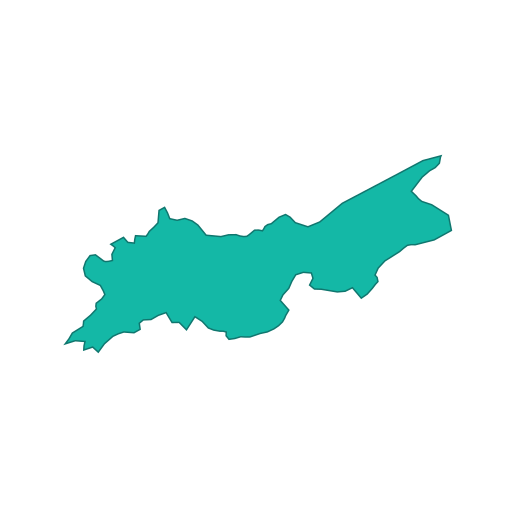 outline of Badulla, rotated 65°
{"feature_id": "LKA-2467", "entity_name": "Badulla", "entity_type": "District", "adm_level": 1, "iso_a3": "LKA", "parent_name": "Sri Lanka", "parent_adm1": "", "projection": "natural_earth1", "projection_center": [81.038, 7.079], "detail": "fine", "context": "isolated", "style": "filled", "palette": "teal", "viewbox_px": 512, "rotation_deg": 65, "n_neighbors": 0, "source": "natural_earth", "source_scale": "10m", "svg_char_len": 2002}
<svg xmlns="http://www.w3.org/2000/svg" viewBox="0 0 512 512"><g transform="rotate(65 256 256)"><path d="M338.7,178.4L325.5,182.0L325.6,190.1L322.9,197.5L313.7,210.9L310.6,217.0L305.0,219.7L300.3,213.8L294.8,213.0L290.8,220.0L289.8,227.9L294.0,234.1L299.2,240.0L302.6,248.0L306.5,252.8L318.9,249.1L322.6,254.4L324.4,256.3L326.9,259.8L328.7,265.0L329.6,270.5L329.6,277.8L328.0,284.8L326.8,295.7L324.9,299.9L322.7,304.0L321.8,310.1L320.1,315.7L315.7,316.8L312.3,315.1L310.3,317.5L308.8,320.6L305.3,325.6L301.1,329.6L292.5,332.4L285.2,337.0L293.5,350.2L283.7,353.7L280.8,360.2L269.3,361.4L268.5,369.6L269.2,378.0L266.3,385.1L267.6,390.2L273.5,392.0L274.0,399.0L269.0,407.9L268.3,413.7L268.3,419.6L271.5,430.5L276.5,439.6L269.5,442.5L268.4,451.8L264.7,449.8L261.2,447.1L256.4,455.6L255.0,466.0L252.1,460.6L248.2,455.0L246.7,442.5L244.4,441.0L242.1,439.7L239.8,431.1L236.6,423.0L233.9,422.4L231.3,420.8L229.7,414.0L227.1,409.3L223.1,409.1L216.9,409.5L210.0,415.3L201.9,419.1L194.2,417.5L189.0,412.6L185.5,406.2L187.1,401.0L196.2,396.2L197.5,394.7L198.6,391.7L199.4,388.0L193.6,385.9L189.0,380.1L186.5,381.2L184.0,382.6L183.1,368.2L189.5,366.4L192.9,360.8L189.8,358.9L186.7,356.6L191.7,347.3L190.3,344.7L188.6,342.3L186.7,336.3L184.5,330.8L173.7,324.6L173.3,318.3L179.4,318.0L185.7,318.4L190.3,312.4L191.9,304.6L197.3,299.0L203.4,295.6L216.1,292.4L223.6,279.6L225.2,271.9L228.3,265.0L231.0,262.2L233.2,258.9L234.3,256.0L233.8,253.3L232.0,246.4L233.6,242.7L235.9,239.5L234.7,237.5L233.1,235.4L232.5,232.1L233.2,228.5L230.6,218.7L230.9,211.7L235.2,208.7L242.4,206.3L251.5,196.6L252.1,183.9L244.7,155.5L241.8,96.4L240.1,64.4L243.4,46.0L244.3,47.0L249.4,50.6L251.6,56.2L252.1,62.6L254.7,72.0L263.0,87.9L269.2,85.5L272.6,84.6L276.6,82.7L283.8,75.1L300.4,64.4L315.4,68.1L316.7,87.7L313.1,106.8L311.2,110.8L310.3,114.3L311.3,119.1L312.7,124.0L314.9,141.2L318.6,150.4L323.6,156.2L326.6,155.3L330.7,156.3L332.1,159.7L334.5,164.3L337.5,171.3L338.7,178.4Z" fill="#14b8a6" stroke="#0f766e" stroke-width="1.5"/></g></svg>